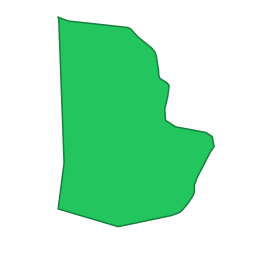 map outline of Saint Elizabeth (Natural Earth projection), rotated 190°
{"feature_id": "JAM-1373", "entity_name": "Saint Elizabeth", "entity_type": "Parish", "adm_level": 1, "iso_a3": "JAM", "parent_name": "Jamaica", "parent_adm1": "", "projection": "natural_earth1", "projection_center": [-77.826, 18.044], "detail": "fine", "context": "isolated", "style": "filled", "palette": "green", "viewbox_px": 256, "rotation_deg": 190, "n_neighbors": 0, "source": "natural_earth", "source_scale": "10m", "svg_char_len": 590}
<svg xmlns="http://www.w3.org/2000/svg" viewBox="0 0 256 256"><g transform="rotate(190 128 128)"><path d="M216.0,225.0L205.6,223.0L145.9,226.9L142.9,226.2L133.7,219.2L118.2,210.6L114.4,207.1L112.4,203.2L107.9,189.9L107.0,185.7L105.3,182.4L97.4,179.2L94.9,177.0L94.3,166.1L95.1,153.0L92.3,142.0L81.2,137.4L50.6,137.1L43.6,134.2L40.0,124.6L43.0,117.9L51.7,89.8L52.7,82.1L52.3,80.9L51.7,78.1L51.6,76.7L51.7,75.1L52.5,71.9L55.3,65.3L60.1,56.7L62.1,54.4L63.6,53.1L70.2,49.3L120.6,29.1L182.7,36.2L184.9,82.7L215.0,222.7L216.0,225.0Z" fill="#22c55e" stroke="#15803d" stroke-width="1.5"/></g></svg>